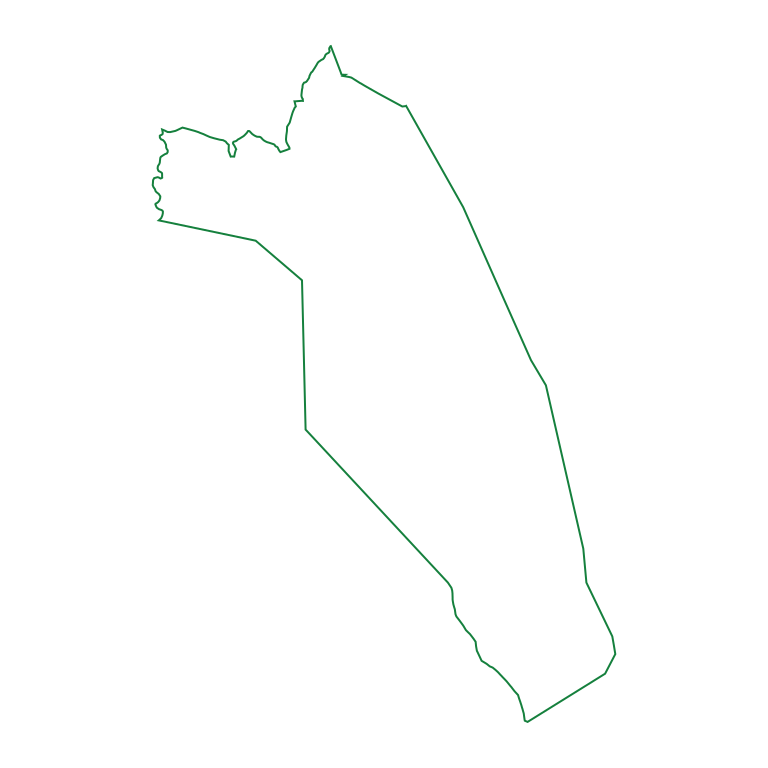 San José del Peñasco, Oaxaca, Mexico
{"feature_id": "50627088B98907019686863", "entity_name": "San José del Peñasco", "entity_type": "district", "adm_level": 2, "iso_a3": "MEX", "parent_name": "Mexico", "parent_adm1": "Oaxaca", "projection": "mercator", "projection_center": [-96.508, 16.278], "detail": "fine", "context": "isolated", "style": "outline", "palette": "green", "viewbox_px": 768, "rotation_deg": 0, "n_neighbors": 0, "source": "geoboundaries", "source_scale": "gbopen_adm2", "svg_char_len": 3792}
<svg xmlns="http://www.w3.org/2000/svg" viewBox="0 0 768 768"><path d="M527.6,721.9L605.1,673.7L615.3,654.1L613.9,645.5L612.3,636.4L586.4,582.6L583.3,548.7L545.9,385.3L531.0,360.2L503.5,298.3L463.2,207.2L406.1,105.9L405.8,106.1L402.3,106.5L378.3,93.5L366.7,86.9L366.2,86.6L364.1,85.4L360.8,83.4L360.1,83.1L351.4,77.6L349.1,77.0L343.2,76.0L345.1,74.8L341.6,74.7L341.0,73.1L340.9,72.7L330.8,46.1L330.5,46.2L329.3,48.1L329.2,49.1L329.3,49.9L329.6,50.9L329.5,51.4L329.0,52.4L328.4,52.9L326.8,53.7L325.8,54.5L325.2,55.4L324.9,56.5L323.9,58.2L323.1,59.1L321.4,59.9L319.4,61.3L318.5,61.9L317.5,63.2L316.5,65.0L314.5,68.3L313.8,69.3L312.8,70.9L312.2,71.8L311.5,72.2L310.9,73.0L309.5,75.9L309.1,77.8L307.0,81.0L306.0,82.0L305.4,82.3L304.6,82.5L304.0,82.7L303.2,84.0L302.7,85.0L302.5,86.8L302.5,87.6L302.0,89.7L301.4,95.3L301.6,96.7L302.1,98.0L302.8,99.0L302.9,100.9L301.5,100.8L299.5,101.0L297.9,101.1L295.9,101.3L294.5,101.3L295.2,104.2L295.8,106.5L294.7,107.7L293.0,111.5L292.4,113.2L291.3,116.9L289.7,122.6L287.1,126.7L287.0,128.7L287.0,129.9L286.9,131.4L286.3,135.4L286.0,139.2L286.1,140.4L286.4,142.0L287.2,143.7L287.9,145.0L288.5,146.0L289.4,147.6L289.5,148.8L286.5,150.0L280.4,152.1L279.3,150.7L278.5,149.3L277.7,147.5L276.9,146.8L275.9,146.5L275.4,146.1L275.0,145.5L274.5,144.7L273.6,144.2L268.7,142.6L267.2,142.2L265.5,141.4L264.0,140.5L262.7,139.4L261.7,138.3L261.2,137.7L260.3,137.1L259.4,136.8L258.3,136.8L256.9,136.7L255.3,136.0L253.9,135.2L252.2,134.0L250.0,131.7L249.4,131.1L248.8,131.0L248.1,131.0L246.7,133.0L244.8,135.0L243.6,136.1L239.6,138.6L237.9,139.5L236.7,140.6L235.9,141.1L233.5,141.8L232.9,143.0L233.3,144.1L234.3,145.5L236.2,149.2L236.0,149.4L235.0,152.7L234.2,156.6L231.5,156.5L230.7,156.6L228.6,151.0L228.8,144.9L227.0,143.3L225.7,141.6L223.1,140.2L219.7,139.7L217.4,139.1L214.2,138.3L209.8,137.0L206.6,135.6L203.4,134.1L199.9,132.8L198.6,132.2L194.7,130.9L190.7,129.8L186.0,128.5L182.5,127.6L181.0,128.3L177.0,130.2L175.4,130.9L170.1,132.1L167.6,132.0L164.8,130.6L162.1,129.5L162.8,132.8L162.5,134.2L161.3,135.0L160.3,135.3L159.8,135.8L159.9,137.7L161.1,139.4L163.0,140.1L164.5,141.7L166.0,144.7L166.2,147.6L166.6,148.7L167.7,150.3L167.7,152.0L166.9,153.4L164.9,154.2L162.8,155.5L160.8,156.9L160.3,157.9L160.0,160.4L159.8,162.5L159.4,163.8L158.5,165.2L157.9,166.2L157.6,168.3L158.0,169.9L158.7,171.1L159.8,171.6L161.2,172.4L161.9,173.0L162.1,173.8L162.1,174.7L162.1,176.8L162.2,177.7L161.7,178.1L160.5,178.5L159.5,177.9L158.5,177.4L157.5,177.2L154.2,178.1L153.1,180.1L152.9,183.4L152.7,185.1L153.5,187.2L154.9,189.1L155.6,191.2L156.5,192.2L158.8,194.0L160.3,196.3L160.2,198.0L159.4,200.5L158.1,202.1L157.2,202.8L156.4,203.3L155.6,203.7L155.4,204.4L156.0,206.0L156.5,207.1L157.2,208.0L157.9,208.4L159.0,209.2L160.0,209.5L161.4,210.0L162.4,210.6L162.9,211.5L162.8,213.5L162.3,215.6L161.2,218.1L159.6,219.7L158.8,220.4L255.7,240.7L302.0,280.3L304.0,362.8L305.6,429.6L307.5,431.6L447.9,582.6L450.6,586.6L451.4,587.8L452.2,590.6L452.5,593.6L452.5,594.4L452.6,597.3L452.6,599.5L452.8,601.1L453.4,604.5L454.2,607.3L454.8,609.2L455.5,614.1L455.6,614.5L456.0,615.5L456.4,616.5L456.7,616.9L458.5,619.2L459.5,620.5L462.0,623.9L463.3,625.7L464.9,628.4L465.9,630.1L468.0,632.2L470.0,634.1L471.0,635.4L473.5,638.7L473.6,638.8L475.0,640.9L475.6,641.7L476.0,645.5L476.1,646.4L476.9,650.9L477.3,651.6L478.1,653.3L481.6,660.8L486.4,663.7L487.1,664.2L489.8,666.4L490.4,666.6L492.7,667.6L495.5,669.9L497.8,672.0L498.3,672.5L500.3,674.7L501.7,676.1L502.1,676.6L504.9,679.5L506.3,681.0L506.5,681.2L510.5,686.1L511.4,687.1L512.2,688.2L514.6,691.3L518.1,695.1L518.3,695.9L519.0,698.2L519.2,698.8L520.3,701.9L520.6,702.9L521.4,705.3L522.0,707.5L522.6,709.3L522.7,709.8L523.7,713.3L523.8,713.9L524.1,716.2L524.6,719.8L524.8,720.7L527.6,721.9Z" fill="none" stroke="#15803d" stroke-width="2"/></svg>